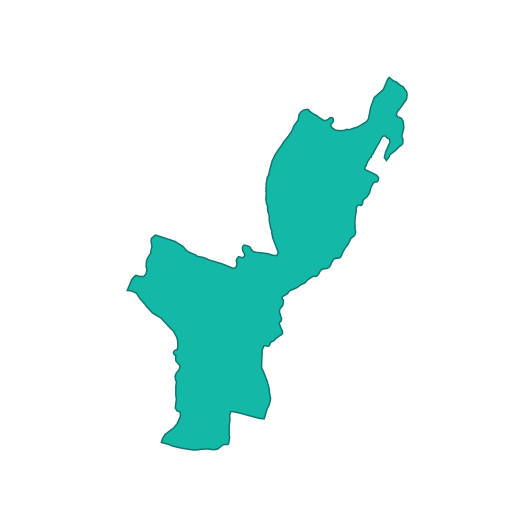 Guanagazapa, Escuintla, Guatemala, rotated 13°
{"feature_id": "79465075B46302810770825", "entity_name": "Guanagazapa", "entity_type": "district", "adm_level": 2, "iso_a3": "GTM", "parent_name": "Guatemala", "parent_adm1": "Escuintla", "projection": "robinson", "projection_center": [-90.646, 14.158], "detail": "fine", "context": "isolated", "style": "filled", "palette": "teal", "viewbox_px": 512, "rotation_deg": 13, "n_neighbors": 0, "source": "geoboundaries", "source_scale": "gbopen_adm2", "svg_char_len": 5952}
<svg xmlns="http://www.w3.org/2000/svg" viewBox="0 0 512 512"><g transform="rotate(13 256 256)"><path d="M153.2,258.2L150.1,262.4L150.4,265.1L152.4,269.8L152.6,277.3L150.7,283.1L150.5,285.8L150.9,288.7L151.2,290.5L151.5,291.6L152.7,293.5L152.9,297.8L151.2,301.4L150.3,301.5L149.6,301.6L148.7,301.7L147.8,302.1L143.6,301.8L142.6,302.5L140.3,306.8L138.3,318.6L141.8,318.0L147.8,319.1L152.3,323.5L158.3,327.7L160.5,329.7L168.2,334.9L177.3,337.8L187.1,344.4L187.8,345.0L192.4,347.7L197.0,352.9L198.6,356.0L200.1,361.1L200.3,364.9L199.2,365.6L198.3,366.2L197.7,366.9L197.3,368.2L197.4,369.1L198.3,370.3L199.4,370.8L200.5,371.5L200.6,372.5L200.8,374.2L201.0,374.9L201.3,375.6L201.7,376.3L202.3,376.8L206.7,380.1L206.8,383.7L204.6,388.2L204.2,391.4L205.6,395.0L206.8,396.1L207.2,401.1L209.1,409.5L210.6,413.2L211.5,422.2L213.8,424.6L217.2,425.1L218.4,429.2L216.7,437.9L215.4,439.8L215.2,441.0L207.6,450.3L206.0,455.0L205.7,459.0L212.3,459.1L217.5,460.0L227.1,460.0L238.7,459.1L243.1,457.9L244.8,457.1L251.5,455.0L258.2,454.3L260.1,453.6L262.2,452.7L265.6,448.1L266.6,447.3L268.5,446.6L270.2,446.2L270.8,445.9L271.5,445.3L271.1,438.7L270.1,436.4L268.1,427.7L267.4,421.1L266.1,417.0L266.4,413.5L267.7,412.9L274.3,412.7L295.7,413.5L300.6,412.9L301.2,402.7L302.4,397.8L302.3,391.5L299.6,385.5L299.1,383.2L295.0,375.4L288.9,366.5L287.1,364.4L286.3,362.6L283.2,346.3L283.9,341.7L285.1,341.2L286.1,341.3L287.6,341.3L288.7,340.9L289.2,340.0L289.3,339.1L289.5,337.6L289.8,336.9L290.5,336.1L291.1,335.6L292.0,334.9L292.7,334.1L293.2,333.3L293.6,332.6L294.0,331.9L294.4,331.3L295.3,330.4L296.2,329.3L297.1,328.3L298.7,326.8L299.1,325.7L299.1,324.4L298.5,323.1L297.9,322.3L297.1,321.3L296.0,319.8L295.6,319.2L295.2,318.6L294.8,318.0L294.2,317.1L293.8,316.5L293.9,315.2L294.4,314.8L295.0,313.9L295.2,312.9L295.1,311.7L294.7,310.6L294.1,309.9L293.3,308.5L292.5,307.1L291.9,306.1L291.6,305.4L291.3,304.2L291.2,303.0L291.3,302.2L291.8,300.9L292.2,300.0L292.6,299.2L293.1,298.4L293.1,297.0L293.0,295.3L292.9,293.9L292.3,292.5L291.7,292.0L290.8,291.3L290.8,290.0L291.6,288.9L292.5,288.2L293.1,287.6L293.7,287.1L294.3,286.6L294.8,286.0L295.4,285.1L295.8,284.1L296.1,283.3L296.8,282.3L297.3,281.7L298.1,281.3L299.5,280.2L300.5,279.5L301.9,278.5L302.9,277.6L303.7,276.8L304.4,275.9L305.5,274.6L306.2,273.9L307.3,273.0L308.5,272.2L309.4,271.5L310.1,270.5L310.8,269.3L311.2,268.5L312.0,267.3L312.9,266.3L313.6,265.7L314.1,265.1L314.8,264.4L315.3,263.9L315.9,263.3L316.7,262.8L317.5,262.7L318.6,262.5L319.2,262.3L320.0,261.5L320.6,260.5L320.9,259.8L321.3,258.7L321.5,257.8L321.7,257.1L321.9,256.4L322.5,255.1L323.1,254.3L324.1,253.7L324.8,253.4L325.6,253.1L326.6,252.7L327.5,252.4L328.4,251.9L329.0,251.3L329.5,250.8L330.1,250.0L330.5,248.7L330.7,247.7L331.0,246.5L331.3,244.8L331.7,243.8L332.0,242.9L332.8,241.2L333.7,240.6L334.5,240.2L335.2,240.0L336.1,239.8L337.5,239.3L338.0,238.8L338.8,237.7L339.0,236.9L339.3,235.8L339.5,234.5L339.7,233.5L339.8,232.5L340.0,231.6L340.5,230.3L341.0,228.4L341.5,227.3L342.1,225.9L342.7,224.8L343.0,223.9L343.2,223.0L343.4,222.2L343.7,221.0L343.9,220.3L344.1,219.4L344.3,218.5L344.7,217.2L345.2,216.5L346.2,215.5L347.0,214.5L347.5,213.2L347.7,212.3L347.8,211.2L347.7,210.3L347.4,209.3L347.0,208.7L346.6,208.0L346.4,207.1L346.1,205.7L345.8,204.8L345.5,204.0L345.3,202.9L345.0,201.7L344.7,200.7L344.6,199.7L344.4,198.5L344.1,197.5L344.0,196.2L343.9,195.3L343.9,194.0L343.7,192.2L343.7,191.0L343.6,189.8L343.4,188.8L343.0,187.8L342.8,187.1L342.9,186.0L343.2,184.8L343.7,183.9L344.3,183.4L345.3,183.2L346.7,183.2L347.6,182.5L348.0,181.4L348.0,180.1L347.6,178.7L347.9,177.6L348.5,176.3L349.2,175.2L349.8,174.5L350.6,173.6L351.0,172.6L351.4,171.7L351.7,171.0L352.0,170.2L352.3,169.2L352.4,168.4L352.5,166.8L352.6,165.9L352.6,165.2L352.6,163.9L352.7,162.6L352.9,161.9L353.2,161.3L353.5,160.0L353.7,159.2L353.9,158.4L354.4,157.7L355.0,157.2L355.9,157.0L356.7,156.8L357.3,156.5L357.8,155.6L358.0,154.9L358.0,154.1L357.9,152.9L357.7,151.9L355.5,150.3L354.8,149.9L342.6,147.2L342.2,144.7L343.0,143.4L343.4,139.2L345.2,134.4L346.1,133.8L346.2,131.1L346.9,130.3L349.3,121.1L350.6,117.5L351.4,113.8L352.3,111.3L353.7,110.1L355.5,110.2L356.5,111.1L359.8,112.2L361.0,114.9L358.9,125.3L358.9,131.2L361.6,133.6L363.4,129.5L363.7,127.2L368.3,121.6L371.5,116.3L372.1,116.1L373.7,113.6L373.0,109.4L371.1,106.5L371.2,97.9L369.8,93.5L368.9,91.5L367.7,90.1L366.4,89.0L362.9,88.5L361.1,87.3L361.1,83.7L363.5,78.9L366.0,72.8L367.4,69.3L367.0,65.0L365.9,62.2L361.2,58.0L357.7,57.0L353.7,54.8L350.2,54.4L347.8,53.1L345.8,52.0L345.3,52.7L344.6,53.9L342.6,65.2L335.6,74.9L334.3,85.3L334.7,97.2L333.9,99.3L332.3,101.4L326.3,107.3L320.7,110.5L318.6,112.0L316.1,112.1L314.1,113.6L310.2,114.9L305.2,115.5L300.3,113.5L299.3,111.4L299.5,110.2L300.2,109.7L301.1,107.3L300.1,104.5L298.9,104.1L297.5,104.4L296.9,104.8L295.1,107.2L293.0,108.4L291.2,108.6L285.5,106.6L284.3,105.7L279.5,104.5L275.3,102.7L274.6,101.7L273.4,101.5L272.5,101.8L269.6,103.1L267.3,105.6L266.2,108.3L266.4,113.8L266.1,114.9L263.6,121.0L262.9,126.0L260.7,131.8L257.2,138.7L256.4,141.5L254.1,147.1L251.5,154.0L251.5,154.8L250.3,160.0L250.0,174.6L249.3,176.5L249.7,184.0L250.4,185.4L250.3,187.7L251.0,188.5L250.9,190.5L251.6,191.4L252.9,198.6L254.4,202.5L256.0,204.6L257.2,209.2L259.6,213.4L260.9,218.4L263.8,225.1L265.9,228.2L266.0,229.7L268.5,235.0L276.6,247.0L276.9,248.4L276.1,250.9L272.6,251.6L267.3,251.0L254.3,252.5L252.2,252.2L249.8,250.5L249.3,250.0L248.8,249.4L248.1,248.6L247.1,248.3L245.2,248.1L243.9,248.0L242.6,247.9L241.7,248.2L241.0,249.6L240.9,250.9L241.3,252.4L241.9,253.8L243.2,255.3L244.1,256.3L244.6,257.0L244.8,258.0L244.6,259.1L243.6,260.5L242.6,260.8L239.8,260.5L239.1,260.6L238.7,261.5L238.0,263.0L237.9,264.2L237.9,265.3L238.8,266.8L239.3,268.6L239.3,269.6L239.1,270.8L238.7,271.7L237.7,272.7L236.9,273.2L224.4,271.2L211.7,270.5L205.4,269.3L198.8,269.5L196.9,268.6L189.8,267.3L187.5,266.6L182.4,263.0L173.7,260.0L153.2,258.2Z" fill="#14b8a6" stroke="#0f766e" stroke-width="1.5"/></g></svg>